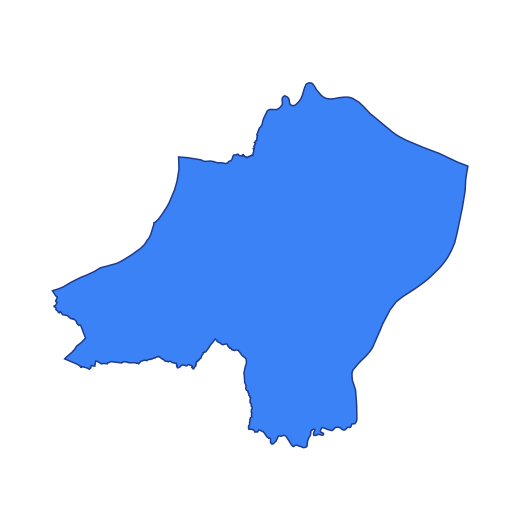 Phu Wiang, Khon Kaen, Thailand, rotated 12°
{"feature_id": "78962969B4805162341011", "entity_name": "Phu Wiang", "entity_type": "district", "adm_level": 2, "iso_a3": "THA", "parent_name": "Thailand", "parent_adm1": "Khon Kaen", "projection": "robinson", "projection_center": [102.416, 16.673], "detail": "fine", "context": "isolated", "style": "filled", "palette": "blue", "viewbox_px": 512, "rotation_deg": 12, "n_neighbors": 0, "source": "geoboundaries", "source_scale": "gbopen_adm2", "svg_char_len": 6075}
<svg xmlns="http://www.w3.org/2000/svg" viewBox="0 0 512 512"><g transform="rotate(12 256 256)"><path d="M90.2,396.4L104.0,399.1L107.7,400.7L107.7,401.2L108.6,401.2L108.7,400.3L113.5,400.6L116.6,401.4L117.1,400.8L117.3,399.6L117.6,399.6L117.7,397.4L121.2,397.3L121.0,392.2L121.3,392.0L123.0,392.2L127.3,393.7L129.3,392.7L132.9,392.4L132.9,392.0L133.6,391.3L136.0,389.5L147.0,388.5L148.3,386.9L151.6,386.6L153.9,386.9L159.9,385.5L161.6,385.8L162.3,385.3L163.7,385.8L165.3,382.9L169.0,380.9L170.9,381.1L172.7,379.3L174.7,379.0L174.9,378.6L176.3,378.0L177.3,376.9L178.3,376.9L178.7,376.6L179.8,375.1L181.2,375.1L181.8,374.5L186.1,376.4L187.1,376.5L188.8,377.7L190.4,377.4L192.1,377.8L193.9,376.7L196.3,377.7L198.4,377.6L199.3,377.9L200.2,377.5L201.1,378.4L201.1,379.6L201.6,379.8L201.5,380.5L202.4,381.7L203.4,381.4L205.1,379.8L205.3,379.2L205.9,378.5L207.3,377.7L208.8,377.8L209.3,377.6L209.8,377.9L210.5,378.0L211.4,377.6L212.2,376.5L213.0,376.1L214.5,376.6L215.8,376.4L216.8,377.3L216.2,378.2L218.1,379.5L218.6,379.3L218.7,378.2L219.8,376.3L219.6,376.0L220.0,375.0L219.8,374.5L220.0,374.0L219.6,373.1L219.6,372.5L220.5,371.5L220.5,370.9L220.7,371.1L221.5,370.2L222.2,369.0L222.1,368.3L223.0,367.8L223.4,367.3L223.5,365.1L224.4,363.1L224.5,361.5L225.5,361.1L225.7,360.6L226.5,360.4L227.1,359.4L228.7,356.1L229.7,352.9L231.3,350.1L233.4,345.7L235.2,346.8L235.8,347.7L238.7,348.5L240.9,349.5L242.2,349.6L244.6,348.4L245.9,348.1L247.3,349.7L247.6,350.5L249.0,350.8L249.5,351.7L251.2,351.7L251.4,352.3L252.3,352.9L253.4,352.5L253.8,352.9L254.6,353.0L255.9,352.0L258.4,352.0L263.2,356.3L266.3,357.7L267.9,359.0L269.0,363.3L268.5,365.8L268.5,373.2L269.2,374.7L271.3,382.2L272.8,384.1L273.4,385.8L273.4,387.3L273.7,388.2L274.7,389.3L276.2,389.7L276.3,390.7L276.8,390.9L277.1,391.8L277.6,392.1L278.1,393.9L279.1,394.3L279.3,395.3L280.2,395.4L280.1,397.5L280.3,399.5L280.6,400.0L280.5,400.3L281.2,401.3L282.3,401.9L282.4,403.5L282.9,404.2L283.3,404.2L283.7,404.7L283.9,405.4L284.0,406.1L283.5,406.9L283.5,407.6L283.9,410.0L284.7,410.5L284.5,412.3L285.1,413.1L285.4,414.3L284.3,415.1L284.1,416.6L284.3,416.8L284.0,417.3L284.4,417.7L284.2,420.0L284.7,421.2L284.6,422.9L284.2,423.3L284.0,424.4L284.6,425.2L284.5,426.3L285.0,426.9L286.3,426.8L287.5,426.4L289.5,426.7L290.6,427.1L291.6,428.5L292.4,428.0L294.0,427.9L294.9,425.6L296.1,425.6L299.1,426.3L300.6,427.1L304.1,430.5L305.7,431.2L306.2,431.7L307.0,431.3L307.8,431.5L308.4,432.3L308.9,435.2L309.7,436.1L310.7,436.7L311.7,436.3L314.1,432.9L315.3,427.6L315.9,427.2L318.0,427.1L318.8,426.5L320.8,425.6L322.1,425.8L323.5,426.7L329.8,433.2L331.3,434.4L332.4,434.6L334.0,432.9L335.4,432.4L337.7,433.1L339.4,433.0L341.7,433.6L342.7,433.5L344.6,432.6L345.3,431.7L345.4,430.9L344.9,426.7L345.4,423.0L346.5,420.0L346.2,416.1L346.4,415.3L347.9,413.6L348.8,413.2L349.5,413.5L349.7,415.1L349.2,416.4L349.2,417.9L349.4,418.7L350.1,419.5L352.5,418.7L353.4,417.9L354.9,417.3L358.2,417.6L359.0,417.0L359.2,416.2L359.0,415.7L358.3,415.2L356.0,414.8L355.3,414.0L355.6,411.5L356.1,410.5L356.8,410.1L357.8,410.0L362.1,410.8L366.5,411.0L367.0,410.7L369.2,407.4L369.9,407.0L372.1,406.4L374.2,406.5L376.3,407.8L378.2,408.0L379.6,407.2L381.0,404.8L381.5,404.4L382.1,404.1L383.3,404.3L384.0,403.9L384.3,403.5L384.5,401.4L385.0,400.2L387.6,399.5L388.5,397.4L388.7,395.0L385.3,380.3L381.3,366.6L378.8,362.0L376.2,357.8L375.0,353.9L374.4,351.3L374.2,349.3L374.7,347.0L379.0,339.0L384.6,330.6L387.4,325.4L389.0,321.5L392.9,302.5L394.0,296.2L398.3,280.9L402.6,271.7L408.3,264.9L417.9,255.4L425.4,247.2L428.9,242.9L431.5,239.4L438.8,228.2L441.6,222.6L443.7,217.7L445.8,210.8L447.6,201.8L447.9,191.0L447.8,166.0L447.0,148.5L445.2,137.5L444.8,130.7L444.6,124.0L433.7,122.3L414.5,117.7L396.4,114.9L379.1,111.6L371.4,109.5L367.2,108.0L363.5,106.3L337.9,92.9L330.5,87.7L324.6,84.1L317.3,81.6L313.2,81.4L309.2,82.3L304.2,83.9L299.2,86.1L296.4,86.9L292.1,87.3L288.9,86.6L285.8,84.9L280.5,80.7L278.1,78.0L275.5,75.7L274.3,75.3L272.1,75.5L270.2,76.6L269.3,77.6L268.5,81.5L267.9,89.2L267.2,93.0L266.1,95.6L263.4,99.8L262.6,100.6L260.5,101.3L258.1,100.9L256.9,99.0L255.9,96.2L255.1,95.0L253.4,93.9L251.4,93.4L250.4,93.5L249.2,95.1L248.9,96.2L249.0,97.5L250.2,101.8L250.1,102.9L248.6,105.7L247.3,107.3L245.4,108.6L239.2,109.7L238.0,110.5L236.8,111.9L235.1,118.8L234.6,121.8L234.6,126.1L233.8,128.5L232.6,130.4L231.6,137.4L232.4,137.8L232.2,138.4L232.6,139.6L232.3,139.8L232.3,140.3L232.6,140.6L232.4,142.0L232.7,142.6L232.5,143.2L231.6,143.6L231.6,144.5L230.9,145.4L232.2,146.0L231.5,147.5L231.7,148.6L231.1,149.2L231.7,149.7L231.9,150.7L231.1,151.2L231.0,151.5L231.3,152.1L231.8,152.0L231.7,152.9L232.0,154.2L231.7,156.3L232.1,156.8L232.1,158.3L231.0,158.1L230.7,158.8L230.1,158.8L229.4,159.3L229.2,160.0L228.7,160.0L228.5,160.4L228.1,160.3L226.7,161.7L225.8,161.0L224.8,161.3L224.0,160.5L223.5,160.4L222.8,160.9L222.6,159.5L222.4,159.4L221.6,160.0L221.7,160.7L220.4,161.3L218.5,161.1L217.5,160.3L216.8,160.2L216.4,160.3L215.9,161.3L214.3,161.4L213.1,162.0L212.8,162.7L212.4,166.4L211.5,168.2L210.3,168.7L209.5,169.5L208.9,171.0L207.6,171.5L207.3,171.9L203.3,171.9L199.4,172.8L193.8,172.4L191.2,172.7L186.4,174.1L184.4,174.0L182.1,173.4L169.0,174.0L159.7,175.2L162.6,187.0L163.2,199.4L162.6,208.2L159.9,222.2L158.7,226.2L155.9,233.6L153.1,240.1L151.2,242.9L150.1,244.2L149.2,244.8L149.5,245.4L149.3,248.6L148.5,257.1L147.4,261.3L146.3,263.0L145.2,266.5L144.2,268.5L141.2,272.9L133.9,280.9L126.3,288.2L122.3,291.5L120.0,292.9L106.1,300.0L101.3,304.6L94.0,310.1L89.5,313.0L81.3,319.5L73.5,326.6L69.3,329.4L64.1,332.3L68.4,336.7L69.9,337.0L70.1,338.9L69.7,340.1L69.8,340.5L69.3,341.6L69.8,342.2L70.1,342.0L71.1,342.9L70.5,345.1L69.8,346.4L68.8,347.1L69.2,347.5L71.1,348.3L71.5,350.1L72.6,350.7L73.4,350.8L73.9,351.8L75.2,352.5L75.7,352.4L76.2,351.1L76.6,351.1L77.4,351.7L78.3,353.0L79.2,353.6L83.4,353.4L87.9,355.8L89.0,355.6L90.0,355.9L90.4,355.4L90.9,355.4L93.6,357.1L94.8,359.1L97.1,360.7L98.1,360.1L98.9,360.2L106.3,371.7L103.6,376.4L99.4,381.3L98.5,383.4L98.0,385.3L97.2,386.3L96.1,388.3L91.5,394.3L90.2,396.4Z" fill="#3b82f6" stroke="#1e3a8a" stroke-width="1.5"/></g></svg>